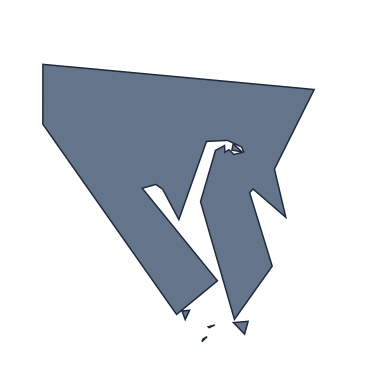 outline of Yamal-Nenets, rotated 171°
{"feature_id": "RUS-2382", "entity_name": "Yamal-Nenets", "entity_type": "Autonomous Province", "adm_level": 1, "iso_a3": "RUS", "parent_name": "Russia", "parent_adm1": "", "projection": "albers", "projection_center": [74.427, 67.879], "detail": "coarse", "context": "isolated", "style": "filled", "palette": "slate", "viewbox_px": 384, "rotation_deg": 171, "n_neighbors": 0, "source": "natural_earth", "source_scale": "10m", "svg_char_len": 709}
<svg xmlns="http://www.w3.org/2000/svg" viewBox="0 0 384 384"><g transform="rotate(171 192 192)"><path d="M103.3,152.3L131.3,185.5L135.2,182.3L124.4,106.2L170.0,59.6L185.1,181.1L162.3,229.4L152.6,232.8L153.3,226.1L148.9,228.0L144.8,222.5L134.7,223.4L135.9,228.7L148.7,237.4L169.8,239.7L209.3,166.8L220.5,199.3L226.6,205.1L240.6,203.5L180.8,100.3L226.4,73.5L328.7,282.3L319.3,341.4L55.3,274.1L107.0,201.8L103.3,152.3ZM162.3,43.4L171.5,56.5L156.8,55.5L162.3,43.4ZM218.7,67.1L220.5,76.0L212.9,75.6L218.7,67.1ZM146.1,227.1L143.7,233.2L136.5,223.9L146.1,227.1ZM190.2,57.1L196.2,55.3L197.1,56.3L190.2,57.1ZM205.6,42.6L204.3,45.0L199.7,46.8L205.6,42.6Z" fill="#64748b" stroke="#1e293b" stroke-width="1.5"/></g></svg>